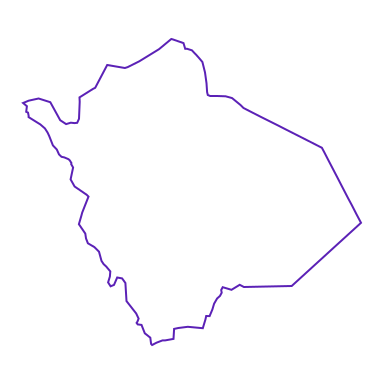 Sharg Al Jazirah, Gezira, Sudan
{"feature_id": "16777658B60089924012173", "entity_name": "Sharg Al Jazirah", "entity_type": "district", "adm_level": 2, "iso_a3": "SDN", "parent_name": "Sudan", "parent_adm1": "Gezira", "projection": "robinson", "projection_center": [33.472, 15.011], "detail": "fine", "context": "isolated", "style": "outline", "palette": "violet", "viewbox_px": 384, "rotation_deg": 0, "n_neighbors": 0, "source": "geoboundaries", "source_scale": "gbopen_adm2", "svg_char_len": 1815}
<svg xmlns="http://www.w3.org/2000/svg" viewBox="0 0 384 384"><path d="M183.5,43.1L172.5,39.3L171.3,39.0L159.0,49.2L139.3,61.3L127.7,67.1L124.9,68.0L107.2,65.0L95.2,87.8L93.0,88.9L79.5,97.4L79.7,101.8L79.0,118.8L77.2,122.8L74.6,123.1L70.8,122.7L66.1,124.1L60.2,120.2L50.3,102.2L38.6,98.5L34.0,99.5L28.6,100.7L23.1,103.0L26.9,106.2L26.2,111.8L28.0,112.6L28.6,115.6L28.6,117.1L37.7,122.8L40.3,124.4L44.9,128.4L47.6,132.6L49.2,136.0L52.9,145.4L56.8,149.5L59.0,154.4L61.5,156.8L64.3,157.4L68.5,159.2L69.7,160.3L71.4,163.0L71.2,164.2L73.1,167.5L70.6,179.4L74.6,186.5L86.7,194.8L88.5,196.6L82.2,212.6L81.4,215.6L78.9,224.2L85.3,233.6L86.0,238.4L87.9,243.3L94.4,247.1L99.0,251.7L101.5,260.9L103.6,264.1L106.4,266.7L107.1,267.6L110.3,271.4L109.9,276.5L108.1,282.4L110.6,286.3L114.0,284.9L117.2,277.5L122.1,278.4L125.4,283.0L126.5,301.1L136.2,313.5L138.6,318.6L137.4,321.7L136.6,322.9L137.7,324.4L141.5,324.9L144.8,333.3L147.1,335.1L150.3,337.7L151.1,343.9L152.1,345.0L156.5,342.7L162.5,340.4L165.1,340.4L173.5,338.9L174.1,328.9L178.3,328.0L187.8,326.8L202.8,328.2L205.4,319.6L206.2,316.0L209.6,316.1L212.4,309.4L214.1,303.7L217.1,298.5L220.0,295.9L221.7,292.7L221.2,290.0L222.7,287.2L231.5,289.8L239.7,284.8L243.9,287.0L291.7,286.0L313.3,266.3L333.8,247.6L360.8,223.0L361.0,222.8L356.4,214.1L351.9,205.3L348.4,198.8L341.6,185.7L337.8,178.3L327.9,159.3L324.3,152.3L321.9,147.8L308.2,140.8L286.5,129.8L278.5,125.7L260.7,116.8L250.7,111.7L243.5,108.0L240.5,105.0L232.1,98.1L230.4,97.6L225.6,96.3L217.2,96.0L210.2,96.0L207.8,95.0L207.1,92.1L206.5,83.2L205.0,72.4L202.4,62.0L199.8,58.9L198.5,57.4L197.8,56.6L197.5,56.3L197.3,56.1L197.2,55.9L197.0,55.7L196.8,55.5L196.4,55.0L196.0,54.6L195.8,54.4L195.6,54.2L195.2,53.8L194.7,53.3L191.9,50.3L187.1,48.8L185.2,48.8L183.5,43.1Z" fill="none" stroke="#5b21b6" stroke-width="2"/></svg>